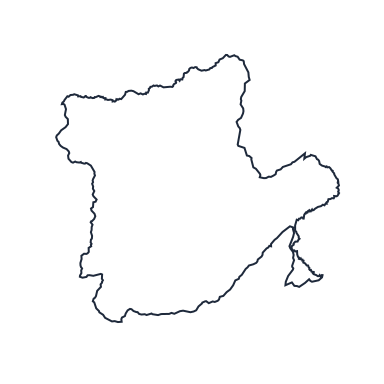 the district of Pensilvania, Caldas, Colombia, rotated 191°
{"feature_id": "7082276B91355004650478", "entity_name": "Pensilvania", "entity_type": "district", "adm_level": 2, "iso_a3": "COL", "parent_name": "Colombia", "parent_adm1": "Caldas", "projection": "albers", "projection_center": [-75.149, 5.404], "detail": "fine", "context": "isolated", "style": "outline", "palette": "slate", "viewbox_px": 384, "rotation_deg": 191, "n_neighbors": 0, "source": "geoboundaries", "source_scale": "gbopen_adm2", "svg_char_len": 5930}
<svg xmlns="http://www.w3.org/2000/svg" viewBox="0 0 384 384"><g transform="rotate(191 192 192)"><path d="M48.0,135.3L48.6,135.3L49.5,133.4L50.8,134.8L51.4,133.6L52.6,133.4L54.0,134.1L57.0,134.6L57.9,135.4L57.1,136.2L57.2,136.7L59.6,136.7L60.4,138.2L61.4,137.9L62.2,138.6L62.2,139.8L63.1,140.3L64.0,142.0L65.4,141.8L67.3,143.5L69.3,144.0L69.4,145.8L70.6,145.7L70.7,146.7L72.0,146.7L72.6,147.6L73.3,146.7L74.4,146.8L74.5,148.1L75.6,148.6L76.8,150.8L77.6,154.0L79.4,153.3L80.4,154.2L81.5,153.7L83.4,155.5L83.7,157.0L83.7,157.9L82.1,159.7L82.5,160.8L81.1,163.0L78.9,163.5L78.5,165.2L77.5,166.6L78.5,167.3L78.8,168.9L81.8,172.0L82.0,172.8L83.4,173.8L84.4,178.9L83.9,184.8L82.3,184.6L81.9,186.2L80.7,186.5L79.8,187.9L78.5,188.0L77.8,187.1L77.3,187.2L77.5,190.9L77.1,192.1L76.3,192.5L76.5,193.3L76.1,193.9L75.1,193.6L74.7,193.9L75.1,194.5L74.3,195.7L73.9,196.0L73.4,195.6L73.2,196.5L71.7,195.7L70.8,197.8L70.1,197.0L69.1,197.5L68.1,199.0L65.5,201.4L62.7,202.7L61.1,204.5L59.4,204.2L58.8,205.8L57.6,206.2L58.2,206.9L57.8,207.8L56.9,208.3L56.7,211.0L54.8,211.5L53.4,212.7L51.7,212.8L51.3,214.0L51.7,215.2L49.2,215.4L48.4,216.2L47.5,218.8L48.1,219.0L48.0,219.7L48.6,220.3L48.3,221.7L48.6,222.5L49.4,223.4L50.7,223.8L49.0,226.4L49.6,227.8L50.7,228.8L50.2,229.7L50.8,230.3L50.7,230.9L51.3,232.3L52.8,233.1L55.7,236.4L56.0,237.4L58.1,239.0L58.0,239.7L59.2,240.1L60.8,241.8L62.2,242.6L63.9,242.0L64.7,242.8L65.6,242.0L66.1,242.4L69.4,242.7L72.0,243.9L73.1,246.6L74.3,247.8L75.6,248.1L77.6,250.6L82.5,251.1L82.9,250.1L86.6,248.0L88.1,246.1L88.5,251.5L97.2,241.2L99.0,240.3L100.2,238.1L107.6,233.9L109.3,231.1L112.7,229.3L113.2,228.1L113.3,225.4L115.1,223.7L117.4,221.9L119.6,221.7L122.0,219.8L124.1,219.3L128.3,219.4L128.1,221.7L128.8,222.8L133.7,227.0L136.5,227.9L140.0,235.3L140.0,236.7L142.6,238.2L145.1,238.3L148.9,245.3L155.3,246.1L156.2,247.3L156.4,262.2L157.4,263.9L159.1,265.2L161.6,269.3L160.5,271.6L158.0,274.1L156.9,278.8L156.9,281.2L157.7,283.8L161.0,287.3L161.0,291.1L161.8,292.5L161.8,294.7L159.5,301.1L160.8,308.6L156.8,313.0L158.2,315.7L159.5,320.2L165.3,327.5L166.2,330.3L167.2,330.9L170.5,331.0L173.0,333.5L175.3,333.7L176.6,334.3L180.5,331.9L181.9,332.0L183.6,333.2L184.9,333.0L187.3,329.2L190.2,327.3L190.9,324.4L193.4,323.0L192.9,320.7L195.8,318.5L196.2,317.5L197.7,317.1L198.4,315.6L201.7,313.9L202.9,314.1L205.8,312.9L209.2,313.6L210.7,314.5L211.2,315.3L212.7,315.2L214.2,314.0L215.8,314.2L217.2,313.5L218.2,312.1L218.1,310.8L218.9,309.2L219.6,308.8L219.9,308.0L222.0,307.3L222.5,306.6L222.2,303.2L223.0,302.2L223.0,300.6L225.0,300.4L225.4,298.8L226.7,299.8L228.8,299.0L229.4,297.7L228.5,296.7L228.6,295.8L230.1,294.7L230.8,293.2L230.7,292.2L231.3,291.4L233.4,291.2L239.9,289.3L243.7,290.4L245.2,289.2L246.7,289.9L249.0,289.0L250.1,289.2L251.5,287.7L252.9,287.3L253.2,285.9L254.1,285.1L253.7,283.7L254.3,281.1L256.0,280.8L255.9,279.4L257.4,279.4L258.8,278.4L261.3,279.0L263.1,277.8L268.7,279.8L270.9,279.9L273.6,279.1L274.7,278.0L276.1,277.6L276.3,274.7L279.2,269.7L280.9,269.7L281.7,268.7L282.6,268.9L283.1,268.3L283.9,268.6L284.0,267.2L285.0,266.0L285.9,266.3L287.2,265.7L287.5,267.0L289.4,267.2L292.1,266.3L293.7,266.6L294.8,266.3L294.9,267.6L296.5,267.3L297.6,268.3L298.2,267.7L299.0,268.2L300.1,267.7L300.5,268.3L302.1,268.5L304.8,266.6L305.6,266.6L306.1,265.6L307.7,265.2L309.7,265.7L310.2,265.0L311.6,264.7L314.0,265.3L314.3,265.9L314.9,265.9L316.3,264.1L319.2,264.2L319.7,264.8L322.0,264.1L322.4,265.1L326.3,265.5L327.1,264.8L329.8,264.0L331.3,262.0L332.6,262.2L334.7,258.0L335.1,256.4L336.3,255.0L336.5,253.4L334.9,253.9L333.8,253.4L331.5,249.3L331.5,243.3L330.4,241.7L327.8,239.9L326.7,235.0L328.5,231.5L332.2,227.6L333.9,223.9L335.5,221.7L335.8,219.9L333.9,216.6L332.6,215.8L331.6,213.8L329.7,212.2L327.1,211.0L323.3,210.2L320.7,208.3L319.9,206.8L320.6,204.1L319.6,201.1L316.1,198.4L314.4,198.1L312.5,199.6L311.1,199.2L308.2,199.4L306.9,200.2L306.6,199.6L303.4,199.3L302.4,199.5L301.7,200.3L300.3,200.2L296.3,198.6L291.5,193.1L291.3,191.3L290.4,189.7L291.6,185.7L291.7,184.2L291.0,182.8L291.6,181.0L290.1,178.6L289.9,176.3L288.1,174.3L289.0,170.6L287.9,169.0L284.2,166.4L284.8,164.1L286.9,163.1L286.3,158.3L288.0,156.5L287.1,154.6L283.6,152.1L282.3,149.8L282.9,146.9L284.6,144.3L285.3,144.1L285.7,143.0L283.4,140.9L283.8,138.5L283.3,135.5L283.6,133.3L281.7,129.9L281.4,127.1L282.1,126.0L281.9,123.2L280.7,121.9L281.2,120.8L280.6,119.5L282.8,117.4L281.9,113.5L282.8,111.9L283.8,111.1L286.2,110.8L288.4,108.3L287.6,105.2L288.0,101.0L287.5,98.8L286.7,97.2L285.3,96.0L285.8,93.9L285.1,91.3L286.0,88.6L285.9,87.4L283.1,87.0L279.4,88.5L278.6,90.3L276.8,90.8L272.9,90.9L265.9,94.2L264.5,93.9L263.9,89.6L262.6,88.4L263.2,86.7L263.0,85.9L264.1,83.9L263.3,81.5L266.2,76.9L266.4,71.5L267.0,69.8L268.2,68.5L268.5,65.8L266.9,65.0L263.8,59.5L260.6,57.4L260.0,56.2L255.8,54.5L253.3,51.9L245.9,49.7L243.2,50.5L239.9,50.2L236.3,51.2L237.1,53.7L236.8,55.4L234.2,57.4L233.9,60.1L232.6,63.5L230.6,65.4L229.0,65.4L226.7,64.0L223.7,63.5L222.5,63.7L220.6,62.2L218.1,62.1L215.1,63.0L213.1,62.6L208.5,65.0L207.6,64.5L201.8,64.7L199.0,66.3L191.1,68.0L189.1,69.4L186.1,69.1L181.1,72.7L178.1,73.8L170.6,73.7L167.6,75.0L165.3,76.7L163.8,80.9L161.0,84.4L160.8,85.4L158.2,87.2L157.2,87.5L154.3,86.1L150.8,88.5L148.7,88.4L146.0,90.1L145.0,91.6L144.7,94.4L141.4,96.0L138.9,100.3L136.0,103.5L133.8,108.3L132.6,113.5L129.5,115.7L129.3,117.8L127.3,120.2L124.6,126.8L123.1,128.6L122.1,130.7L118.1,132.7L115.4,134.7L114.6,136.3L114.5,138.3L111.4,141.9L110.8,143.7L111.0,146.0L108.0,150.9L106.6,152.0L105.8,153.9L104.0,153.8L104.5,156.0L101.8,160.8L99.8,163.0L95.5,170.0L89.3,177.0L85.8,176.5L85.9,175.0L84.0,171.2L84.2,167.1L86.0,157.4L84.7,155.4L81.5,152.5L80.2,149.6L80.2,146.6L78.8,144.5L79.6,138.7L79.4,137.7L78.0,136.4L78.1,135.1L81.6,127.9L82.8,121.8L82.5,118.3L76.7,122.3L73.6,119.4L71.0,119.7L68.7,119.3L63.7,124.3L60.4,128.7L58.8,127.3L57.1,126.8L50.8,129.5L48.1,133.0L48.0,135.3Z" fill="none" stroke="#1e293b" stroke-width="2"/></g></svg>